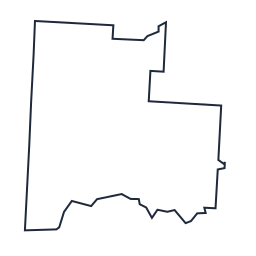 Franklin, Idaho, United States of America, rotated 93°
{"feature_id": "52423323B56799864768265", "entity_name": "Franklin", "entity_type": "district", "adm_level": 2, "iso_a3": "USA", "parent_name": "United States of America", "parent_adm1": "Idaho", "projection": "equal_earth", "projection_center": [-111.772, 42.214], "detail": "fine", "context": "isolated", "style": "outline", "palette": "slate", "viewbox_px": 256, "rotation_deg": 93, "n_neighbors": 0, "source": "geoboundaries", "source_scale": "gbopen_adm2", "svg_char_len": 707}
<svg xmlns="http://www.w3.org/2000/svg" viewBox="0 0 256 256"><g transform="rotate(93 128 128)"><path d="M26.0,226.5L59.9,226.1L83.3,226.1L93.4,226.1L93.5,226.1L107.2,226.1L151.0,225.7L154.8,225.7L235.6,225.6L233.0,194.2L230.8,191.5L215.1,187.5L203.8,180.3L207.9,160.7L200.7,155.2L194.3,130.9L198.7,121.7L198.4,113.5L203.5,112.3L206.4,105.7L216.5,99.4L208.1,94.3L209.6,84.3L207.5,77.2L220.0,65.5L217.7,60.3L209.6,54.4L208.8,46.0L203.6,47.6L203.6,36.4L164.7,36.2L163.0,29.5L156.9,29.5L158.9,30.3L155.2,36.1L107.5,36.1L100.7,36.1L100.2,108.7L69.8,108.6L69.9,95.4L20.4,95.6L24.8,102.8L30.1,102.5L35.2,113.4L39.5,116.9L39.7,148.1L26.2,148.0L26.0,226.5Z" fill="none" stroke="#1e293b" stroke-width="2"/></g></svg>